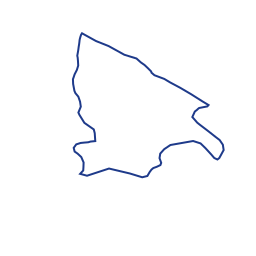 Hwamdeia, Al Jizah, Egypt (Equal Earth projection), rotated 305°
{"feature_id": "37247803B31369022265166", "entity_name": "Hwamdeia", "entity_type": "district", "adm_level": 2, "iso_a3": "EGY", "parent_name": "Egypt", "parent_adm1": "Al Jizah", "projection": "equal_earth", "projection_center": [31.259, 29.901], "detail": "fine", "context": "isolated", "style": "outline", "palette": "blue", "viewbox_px": 256, "rotation_deg": 305, "n_neighbors": 0, "source": "geoboundaries", "source_scale": "gbopen_adm2", "svg_char_len": 1323}
<svg xmlns="http://www.w3.org/2000/svg" viewBox="0 0 256 256"><g transform="rotate(305 128 128)"><path d="M193.0,180.8L192.5,173.6L191.9,160.5L190.9,147.9L189.5,136.3L189.0,129.5L186.4,119.4L186.8,115.5L187.6,114.5L188.4,110.1L189.0,106.1L189.1,105.3L189.1,100.9L189.8,95.1L185.9,83.0L184.0,65.1L180.9,52.0L179.2,36.0L177.4,36.1L175.1,36.8L173.2,37.5L172.3,37.9L170.3,39.0L168.6,39.9L166.1,41.1L164.2,42.1L162.6,42.9L158.1,45.0L156.8,46.4L154.3,48.5L150.6,51.4L146.3,52.8L141.3,53.5L138.3,54.4L136.4,54.9L132.6,57.8L127.7,62.8L126.4,64.9L125.2,69.3L122.1,73.6L118.4,77.1L112.2,78.5L110.9,80.7L107.2,89.3L107.2,95.8L107.2,100.8L104.7,103.7L98.5,108.7L95.4,105.1L93.5,103.6L91.1,100.7L88.6,97.8L84.9,95.0L80.6,94.9L78.1,97.8L78.1,101.4L77.4,106.4L74.3,111.4L70.3,114.0L67.5,115.7L63.0,115.1L65.4,121.8L83.9,135.7L91.8,155.6L95.8,167.9L99.8,171.4L104.5,171.0L107.4,171.1L109.7,171.7L112.7,173.8L116.2,175.8L118.5,175.2L121.4,171.1L125.5,169.1L131.4,169.8L138.4,172.5L146.6,180.7L154.7,188.8L157.0,196.3L155.9,203.1L154.1,211.2L152.9,215.9L153.5,219.3L155.8,220.0L156.7,219.9L164.8,219.0L168.7,215.3L170.7,210.0L170.9,205.2L171.5,194.4L171.8,186.9L171.9,184.5L172.1,181.6L173.3,176.8L173.9,174.4L179.8,173.3L182.4,174.1L183.9,174.4L185.2,174.8L191.2,180.6L193.0,180.8Z" fill="none" stroke="#1e3a8a" stroke-width="2"/></g></svg>